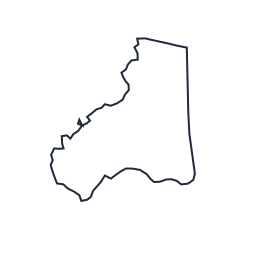 outline of Maracajá, Santa Catarina, Brazil, rotated 334°
{"feature_id": "56859067B94572130749254", "entity_name": "Maracajá", "entity_type": "district", "adm_level": 2, "iso_a3": "BRA", "parent_name": "Brazil", "parent_adm1": "Santa Catarina", "projection": "albers", "projection_center": [-49.469, -28.863], "detail": "fine", "context": "isolated", "style": "outline", "palette": "slate", "viewbox_px": 256, "rotation_deg": 334, "n_neighbors": 0, "source": "geoboundaries", "source_scale": "gbopen_adm2", "svg_char_len": 1066}
<svg xmlns="http://www.w3.org/2000/svg" viewBox="0 0 256 256"><g transform="rotate(334 128 128)"><path d="M216.1,81.5L207.3,74.8L204.0,72.0L200.7,69.3L187.4,58.8L182.8,55.0L175.4,51.7L174.0,57.4L169.2,58.2L169.3,65.0L166.7,70.8L160.8,68.8L155.7,70.9L151.9,74.4L146.4,75.4L146.0,80.1L146.3,84.7L147.5,89.2L145.4,94.2L139.8,96.7L135.7,100.2L128.8,101.0L122.2,100.4L117.6,96.5L113.2,98.2L107.7,97.4L101.7,99.0L96.1,100.0L97.1,104.7L93.0,105.7L87.9,105.7L81.9,108.8L76.3,109.5L71.5,112.3L69.8,107.8L64.9,106.3L61.9,113.3L61.1,118.1L57.0,116.5L52.7,114.0L47.2,118.4L46.1,124.1L42.4,127.1L41.3,132.5L40.4,140.4L39.9,146.7L45.2,150.3L47.4,156.0L51.6,161.5L54.8,167.1L54.1,173.1L60.0,174.6L64.4,173.6L69.2,169.1L80.0,164.6L86.4,160.6L90.5,166.0L96.3,164.8L102.9,163.8L108.4,163.5L114.5,166.6L120.5,171.0L124.5,177.6L126.0,183.9L127.8,188.0L132.9,190.2L139.6,191.0L144.5,193.0L148.6,196.8L151.1,202.0L157.5,204.3L163.8,203.3L168.0,198.6L180.8,159.6L189.0,140.5L216.1,81.5ZM87.9,105.7L87.9,99.2L85.0,102.3L87.9,105.7Z" fill="none" stroke="#1e293b" stroke-width="2"/></g></svg>